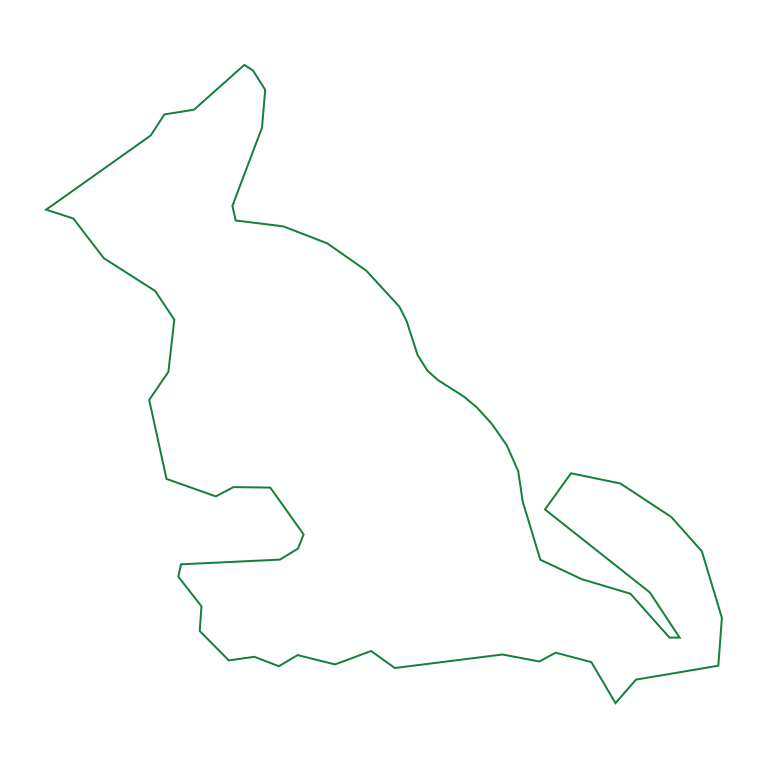 outline of Larne
{"feature_id": "GBR-2095", "entity_name": "Larne", "entity_type": "District", "adm_level": 1, "iso_a3": "GBR", "parent_name": "United Kingdom", "parent_adm1": "", "projection": "natural_earth1", "projection_center": [-5.903, 54.904], "detail": "fine", "context": "isolated", "style": "outline", "palette": "green", "viewbox_px": 768, "rotation_deg": 0, "n_neighbors": 0, "source": "natural_earth", "source_scale": "10m", "svg_char_len": 959}
<svg xmlns="http://www.w3.org/2000/svg" viewBox="0 0 768 768"><path d="M244.4,64.9L252.9,70.4L265.2,89.8L262.0,127.7L232.4,205.9L235.7,220.5L283.4,226.4L327.3,243.4L366.2,270.6L399.4,306.7L406.6,321.0L417.6,355.0L427.5,370.8L438.1,380.2L463.9,396.6L476.8,407.4L491.9,424.0L506.7,445.2L518.2,471.1L522.7,501.5L540.3,559.7L581.7,579.2L630.4,593.7L669.5,637.6L679.6,637.6L649.8,592.4L545.0,509.5L571.0,473.3L620.4,483.5L671.3,517.0L701.9,551.4L721.9,617.9L718.3,665.7L636.0,679.6L615.5,703.1L591.3,662.1L555.7,652.7L539.3,661.5L502.4,654.5L394.8,668.0L371.1,651.0L335.1,664.4L297.6,655.1L278.9,666.2L254.3,656.8L228.8,660.4L199.7,631.0L201.5,606.4L178.3,576.6L181.0,564.3L279.9,559.6L298.1,548.5L303.6,534.4L270.3,487.6L233.4,487.1L215.8,496.4L166.5,478.9L149.2,399.9L168.4,371.8L174.3,319.6L155.2,291.0L103.8,258.2L73.3,218.5L46.1,209.7L150.8,135.4L164.4,114.4L194.0,109.7L241.4,67.5L244.2,65.0L244.4,64.9Z" fill="none" stroke="#15803d" stroke-width="2"/></svg>